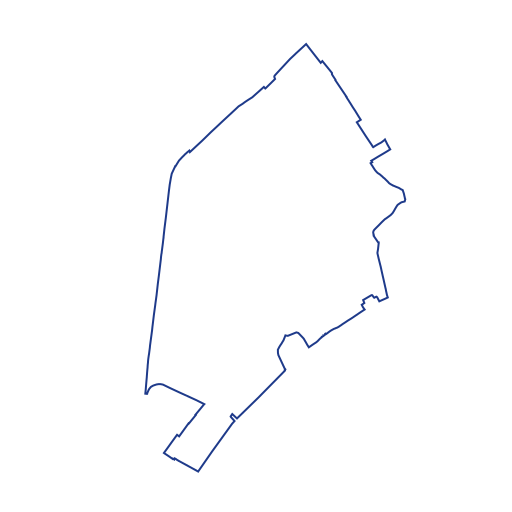 the district of Otopeni, Bucharest, Romania, rotated 335°
{"feature_id": "2599482B32051215942392", "entity_name": "Otopeni", "entity_type": "district", "adm_level": 2, "iso_a3": "ROU", "parent_name": "Romania", "parent_adm1": "Bucharest", "projection": "orthographic", "projection_center": [26.087, 44.559], "detail": "fine", "context": "isolated", "style": "outline", "palette": "blue", "viewbox_px": 512, "rotation_deg": 335, "n_neighbors": 0, "source": "geoboundaries", "source_scale": "gbopen_adm2", "svg_char_len": 5350}
<svg xmlns="http://www.w3.org/2000/svg" viewBox="0 0 512 512"><g transform="rotate(335 256 256)"><path d="M97.9,406.8L99.5,409.2L106.3,418.4L112.5,426.9L112.8,426.7L133.6,414.6L163.5,397.9L166.8,396.5L165.2,391.2L165.2,390.7L167.7,389.2L170.1,395.2L198.1,385.4L233.8,372.1L233.8,371.5L234.7,371.1L234.4,369.8L234.4,355.3L234.9,353.2L236.0,350.7L236.2,350.2L238.8,348.2L240.5,347.1L242.2,346.1L244.5,344.5L244.8,344.4L245.1,344.2L246.9,342.5L248.5,341.0L249.1,340.4L249.2,340.5L249.3,340.6L251.1,341.8L260.3,342.3L261.0,342.9L261.8,343.6L262.3,345.0L263.5,348.5L264.2,350.6L264.3,351.3L264.4,351.5L264.5,353.4L264.6,354.1L264.7,355.2L264.9,358.0L265.2,360.3L265.3,361.1L267.0,360.8L269.2,360.4L271.1,360.1L274.0,359.7L274.8,359.5L275.9,359.2L278.2,358.3L279.0,358.0L280.5,357.6L281.1,357.5L281.3,357.4L281.5,357.0L282.0,357.1L282.6,357.1L283.2,357.0L283.3,356.9L283.5,356.5L283.9,356.8L284.0,356.8L285.2,356.5L285.7,356.4L285.8,356.4L285.8,356.2L285.8,355.8L286.1,355.7L286.3,355.7L286.4,355.9L286.8,356.2L286.9,356.3L288.5,356.0L288.8,355.9L290.2,355.6L290.7,355.5L291.1,355.4L291.6,355.4L292.0,355.3L292.4,355.2L292.9,355.2L293.1,355.2L293.6,355.1L294.1,355.1L295.3,355.0L295.6,355.0L296.0,355.0L296.5,355.0L296.9,355.1L297.4,355.1L297.7,355.1L297.8,355.1L298.0,355.1L298.3,355.1L298.7,355.2L299.5,355.2L299.9,355.2L300.8,355.1L301.2,355.1L301.6,355.0L302.1,354.9L303.7,354.7L305.7,354.3L307.9,354.0L309.9,353.7L311.7,353.4L316.0,352.9L327.2,351.1L329.3,350.8L329.8,350.7L331.4,350.5L331.7,350.4L331.8,350.4L331.3,347.6L331.2,344.9L334.3,344.4L334.5,341.2L343.9,340.3L344.5,340.4L344.8,340.7L345.3,343.3L345.5,343.8L347.9,343.7L348.1,343.9L348.4,344.8L348.6,349.2L348.9,349.2L349.5,349.2L354.9,349.3L355.1,349.3L355.3,349.3L355.5,349.3L357.5,349.3L357.9,349.3L358.2,346.8L358.2,346.7L358.9,343.7L359.0,343.1L359.2,342.3L359.3,342.1L359.4,341.5L359.7,340.5L359.7,340.3L359.7,340.2L361.7,331.1L362.3,328.3L362.3,328.2L362.8,326.0L363.8,321.4L364.1,320.2L364.3,319.1L364.4,318.9L364.6,317.8L366.1,310.0L366.7,307.3L367.1,305.3L367.3,304.7L367.4,304.4L369.6,301.2L372.5,296.4L372.7,296.2L372.9,295.6L372.5,295.5L372.1,293.1L371.3,288.3L371.3,287.8L371.4,287.6L371.6,286.7L371.4,286.7L371.6,286.1L372.1,284.4L372.3,283.9L373.1,283.0L373.8,282.5L374.6,282.1L377.3,281.1L378.7,280.6L380.1,280.1L384.0,278.6L386.6,277.7L388.4,277.1L389.3,277.0L391.0,276.7L393.5,276.2L395.4,275.8L398.0,274.8L400.3,273.3L401.8,272.2L404.3,270.5L406.0,269.5L408.9,269.0L410.5,268.8L413.8,269.4L415.3,267.6L415.3,266.6L415.5,266.1L415.8,264.6L416.4,261.9L416.6,260.1L416.7,259.5L416.7,259.3L416.8,258.2L416.3,257.6L415.9,257.2L415.4,256.4L414.2,254.6L412.1,252.4L411.5,251.7L410.5,250.6L409.8,249.9L409.8,249.7L409.2,249.0L408.7,248.3L407.9,247.1L407.4,246.2L406.8,244.1L406.7,244.0L406.6,243.7L406.3,242.8L406.0,242.1L405.4,240.4L405.2,239.9L404.8,239.2L404.5,238.6L404.1,237.4L403.3,235.7L403.0,234.9L402.6,234.2L401.8,232.9L401.4,232.3L401.2,231.8L400.8,230.7L400.2,228.6L400.0,227.2L399.8,225.8L399.6,224.2L399.5,223.3L399.3,222.3L399.3,221.8L399.1,220.3L400.0,220.2L400.3,220.1L401.0,220.1L401.0,219.9L400.9,219.3L400.7,218.4L404.0,218.1L408.4,217.6L414.7,217.0L419.5,216.5L422.7,216.1L422.2,210.1L422.2,208.4L422.1,205.9L422.1,204.9L421.0,205.3L419.2,205.7L417.8,206.0L416.9,206.1L414.8,206.2L414.5,206.2L412.3,206.4L411.2,206.5L408.2,206.9L408.0,206.3L407.9,204.9L406.1,193.3L403.9,177.4L408.5,176.8L408.0,173.1L407.4,167.8L407.3,166.9L407.3,166.7L406.6,162.1L406.2,158.7L406.0,157.0L405.8,155.8L405.8,155.5L405.7,154.6L405.3,151.9L405.2,151.2L405.2,150.9L405.2,150.4L405.1,149.9L405.3,149.9L402.2,130.3L402.4,130.2L402.5,130.1L402.5,129.8L401.8,125.0L401.7,124.1L401.6,123.5L401.9,122.8L401.9,122.7L402.2,122.4L402.2,122.2L401.0,117.3L398.5,107.4L396.3,108.3L392.3,90.9L391.0,85.1L377.4,89.4L376.9,89.6L370.2,91.8L353.7,98.5L350.1,100.0L349.0,100.5L348.3,101.3L348.2,102.2L348.1,103.2L348.1,103.6L336.0,107.9L335.2,108.1L334.6,106.1L324.0,109.3L319.7,110.6L315.0,111.2L312.3,111.6L310.5,111.9L308.2,112.4L303.5,113.0L301.4,113.7L299.3,114.4L282.8,119.7L268.7,124.3L266.9,124.9L260.4,127.2L255.5,128.9L247.7,131.4L240.0,133.9L240.1,132.3L239.0,132.6L237.0,133.1L236.8,133.2L236.2,133.4L235.5,133.6L235.0,133.7L234.2,134.0L233.5,134.3L230.4,135.4L229.0,136.0L226.5,137.0L220.9,140.7L220.7,140.5L214.4,145.8L213.0,147.7L211.6,149.6L208.0,154.8L204.9,159.7L190.4,183.3L184.6,192.5L180.0,200.1L179.9,200.5L179.6,200.8L176.9,205.2L173.1,211.2L172.5,212.1L171.8,213.3L171.3,214.0L171.2,214.1L170.8,214.7L169.6,216.6L168.4,218.7L166.9,221.1L159.7,232.7L155.4,239.5L149.3,249.5L146.8,253.4L145.1,256.0L143.8,258.1L138.7,266.0L133.1,275.0L132.4,276.1L130.3,279.6L122.1,292.4L121.0,294.3L117.5,299.8L116.8,300.8L115.1,303.4L114.0,305.2L112.9,307.2L111.8,309.0L110.5,311.4L109.9,312.4L108.8,314.3L106.1,319.1L105.9,319.5L103.7,323.3L101.0,328.0L99.7,330.3L97.5,334.0L98.8,334.8L99.1,334.9L99.6,334.2L102.0,332.1L103.3,331.2L105.5,330.2L106.8,330.1L107.5,330.0L109.2,330.1L111.6,330.4L113.7,331.0L115.2,331.7L117.3,333.2L122.0,339.0L128.7,347.0L140.8,361.2L145.9,367.6L146.5,368.4L146.2,368.5L134.0,374.3L134.2,374.7L124.7,379.3L124.2,379.5L124.1,379.2L110.1,387.0L108.9,384.7L108.7,384.8L100.4,389.4L94.2,392.9L89.3,395.6L89.4,395.8L91.9,399.9L92.8,401.4L94.7,404.7L95.1,404.5L95.9,405.9L96.8,405.1L97.7,406.3L97.9,406.8Z" fill="none" stroke="#1e3a8a" stroke-width="2"/></g></svg>